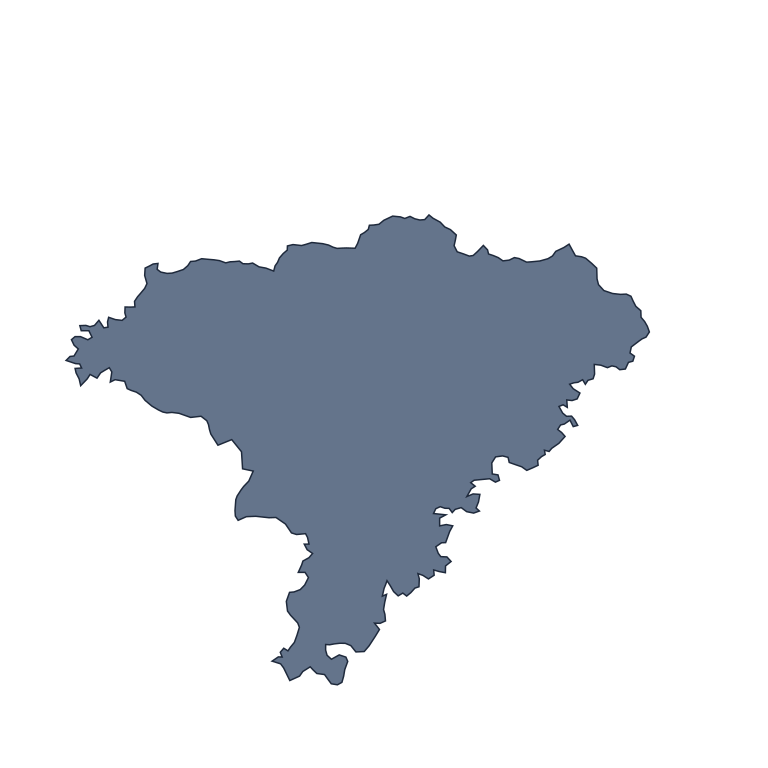 Faxinal, Paraná, Brazil, rotated 327°
{"feature_id": "56859067B81373422903240", "entity_name": "Faxinal", "entity_type": "district", "adm_level": 2, "iso_a3": "BRA", "parent_name": "Brazil", "parent_adm1": "Paraná", "projection": "mercator", "projection_center": [-51.3, -24.003], "detail": "fine", "context": "isolated", "style": "filled", "palette": "slate", "viewbox_px": 768, "rotation_deg": 327, "n_neighbors": 0, "source": "geoboundaries", "source_scale": "gbopen_adm2", "svg_char_len": 4827}
<svg xmlns="http://www.w3.org/2000/svg" viewBox="0 0 768 768"><g transform="rotate(327 384 384)"><path d="M131.8,207.0L131.1,213.7L128.7,220.2L137.8,218.1L142.7,215.9L146.5,222.8L152.4,220.3L156.9,220.4L162.5,220.7L162.3,225.6L159.6,228.7L155.5,233.3L160.8,233.9L168.0,240.5L166.1,248.0L168.4,251.6L171.9,256.0L174.2,261.2L174.7,267.6L177.3,276.1L180.7,282.9L183.2,287.0L186.2,290.0L190.6,292.3L196.1,296.9L203.6,306.7L213.0,311.4L215.4,318.3L214.7,322.4L212.8,327.2L211.5,331.7L211.4,344.9L226.0,347.7L227.6,363.2L222.2,372.8L219.2,378.1L226.9,385.8L217.7,391.8L210.5,393.5L206.4,395.0L199.9,397.9L196.7,400.3L190.1,409.0L187.4,413.8L187.4,418.9L196.3,420.3L204.4,425.1L214.7,433.5L220.7,437.1L225.1,447.8L225.3,458.5L228.7,462.6L236.7,466.8L236.3,471.0L233.9,477.4L229.9,474.9L229.3,481.1L231.8,487.2L226.5,488.8L219.6,488.3L216.4,490.9L209.5,495.3L215.2,499.0L215.2,505.2L208.0,509.4L201.8,510.8L195.3,509.4L191.3,507.3L183.7,513.1L179.4,521.9L179.7,527.2L181.5,537.4L180.5,542.0L174.2,547.3L168.1,551.9L162.1,553.8L158.1,555.5L156.0,551.0L150.9,552.5L149.9,557.5L146.7,555.3L139.2,555.5L144.9,562.4L145.2,567.5L143.5,581.4L154.1,583.0L159.3,580.9L168.1,581.0L168.8,585.1L170.0,590.2L175.9,595.3L176.1,600.2L176.5,606.7L181.1,610.9L186.2,611.3L191.0,607.1L195.5,602.2L202.5,596.9L203.3,592.3L198.9,586.8L190.0,586.2L188.5,580.5L190.1,575.4L193.2,570.7L196.4,573.1L200.8,574.9L205.6,577.3L210.2,580.3L213.7,585.3L214.5,593.4L221.7,597.6L228.8,595.5L239.2,590.9L246.5,587.4L245.8,579.4L250.4,582.6L256.2,583.5L259.3,577.7L260.8,572.9L265.7,567.5L271.6,561.8L267.1,561.0L272.7,555.5L276.0,553.2L279.4,550.6L279.4,556.4L279.0,563.4L280.5,569.4L285.9,569.6L287.5,574.2L292.8,573.6L298.8,572.0L302.9,573.1L307.5,566.6L309.2,561.5L312.4,565.7L315.1,571.7L321.9,571.7L324.4,567.0L328.0,571.2L332.7,575.7L336.5,570.1L343.6,569.4L342.6,563.3L337.6,559.7L337.3,555.5L338.8,548.7L345.8,548.5L349.3,550.6L358.7,543.5L364.4,540.4L359.7,535.8L353.4,533.3L357.6,526.8L364.6,527.4L355.0,519.6L359.5,516.8L364.3,517.5L367.4,521.4L370.9,523.8L371.2,529.0L375.4,527.9L381.4,529.7L383.8,536.1L388.9,541.1L394.8,542.5L393.7,538.1L399.0,534.4L404.3,528.8L398.8,524.7L392.2,523.5L400.1,519.4L404.8,519.4L403.0,514.0L407.2,513.8L421.0,521.0L424.0,527.0L428.4,527.7L430.1,522.3L425.8,518.4L431.4,508.9L437.9,505.9L444.3,508.9L448.1,513.1L446.3,518.0L451.0,524.1L454.4,528.4L456.7,534.2L463.2,535.3L469.0,536.1L471.3,531.6L476.6,530.7L480.8,530.9L482.5,526.9L485.7,530.5L489.7,529.3L498.4,529.0L507.3,526.6L506.6,521.6L504.9,516.7L509.8,514.5L513.4,515.8L520.3,515.6L519.5,522.8L523.9,524.2L524.4,517.7L523.8,513.1L519.5,510.5L518.0,505.7L518.5,498.1L522.9,499.0L525.0,503.4L528.6,496.9L532.7,500.3L537.9,501.7L543.4,498.3L540.1,491.0L539.6,485.3L543.9,486.4L547.6,488.2L552.9,488.6L552.7,493.9L557.1,492.0L562.2,493.5L566.0,490.4L571.0,482.1L576.1,486.3L580.3,492.0L585.0,492.9L588.0,496.0L589.5,500.4L594.6,502.9L600.8,499.0L605.1,500.4L609.2,497.1L607.2,492.0L611.6,487.6L620.7,486.9L625.0,486.7L629.3,487.4L634.9,484.9L636.3,479.0L636.6,473.5L635.9,468.1L639.3,462.4L637.5,456.0L638.1,450.1L638.9,444.9L636.2,440.6L631.1,437.6L625.0,432.6L619.3,425.4L618.0,417.5L619.9,411.9L625.5,402.7L623.9,396.0L621.6,388.3L619.0,384.9L614.4,380.8L614.8,375.0L615.4,367.5L609.2,367.5L600.3,366.3L595.0,368.4L589.7,368.2L581.7,365.7L573.8,361.6L570.0,359.5L565.6,352.3L562.2,349.0L556.5,348.3L550.8,345.5L548.7,340.3L545.7,335.9L542.5,331.9L543.9,327.9L542.8,321.9L534.7,323.8L528.8,324.8L525.2,323.2L521.6,318.3L517.4,313.0L518.1,306.2L522.5,301.9L525.8,298.4L523.8,290.7L520.5,285.4L519.3,278.9L515.4,271.7L513.8,266.7L507.7,268.3L503.4,266.0L499.8,262.2L497.1,257.6L491.6,256.5L488.8,252.8L482.7,247.9L473.0,246.6L466.8,247.3L462.0,245.1L458.2,242.9L455.0,245.8L450.0,246.3L445.7,246.1L438.5,251.7L433.7,254.4L426.5,249.4L422.5,247.0L418.5,244.7L415.7,241.4L413.2,237.3L409.0,232.9L400.5,226.0L394.4,224.3L390.3,223.0L383.6,217.5L378.2,215.6L375.8,219.0L370.5,219.7L365.0,221.3L361.0,224.0L357.0,225.6L353.0,229.2L348.1,222.5L343.0,217.7L339.7,211.0L335.7,209.4L331.2,206.3L329.7,202.2L325.3,199.9L321.5,197.7L317.2,196.2L313.2,190.9L309.0,187.2L304.1,183.4L299.3,179.6L292.8,178.2L288.5,175.9L283.9,177.9L278.1,178.7L272.2,177.2L266.7,175.6L262.3,173.1L257.7,168.5L256.2,164.3L260.1,159.8L255.7,157.6L251.7,157.3L246.8,156.7L242.4,162.6L239.9,170.7L235.3,173.5L229.1,175.4L224.9,176.6L219.8,178.8L217.1,183.7L213.2,181.4L208.8,178.4L205.4,183.2L204.1,187.4L199.0,188.0L193.8,183.7L189.4,178.1L185.9,181.4L183.5,186.0L179.6,184.3L179.6,175.3L173.1,177.2L168.6,175.8L165.9,172.5L160.7,169.4L159.1,174.4L165.5,178.6L164.6,185.8L159.7,185.6L155.3,179.0L150.7,176.0L146.0,176.6L145.2,182.7L146.7,188.1L139.2,191.7L135.7,189.9L130.2,191.1L136.4,198.9L139.7,201.4L139.1,205.9L133.4,202.7L131.8,207.0Z" fill="#64748b" stroke="#1e293b" stroke-width="1.5"/></g></svg>